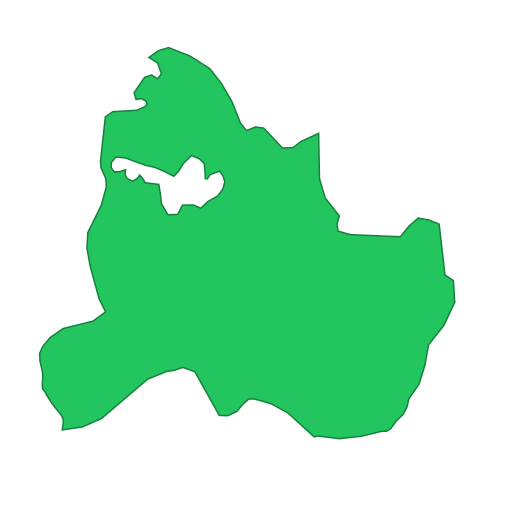 Tolna, Robinson projection, rotated 187°
{"feature_id": "HUN-3165", "entity_name": "Tolna", "entity_type": "County", "adm_level": 1, "iso_a3": "HUN", "parent_name": "Hungary", "parent_adm1": "", "projection": "robinson", "projection_center": [18.659, 46.474], "detail": "fine", "context": "isolated", "style": "filled", "palette": "green", "viewbox_px": 512, "rotation_deg": 187, "n_neighbors": 0, "source": "natural_earth", "source_scale": "10m", "svg_char_len": 1937}
<svg xmlns="http://www.w3.org/2000/svg" viewBox="0 0 512 512"><g transform="rotate(187 256 256)"><path d="M315.2,136.5L322.8,132.7L330.7,130.5L348.6,120.5L389.6,75.8L407.9,65.0L427.2,59.8L426.9,66.7L427.6,70.9L429.9,74.4L437.3,81.4L438.8,83.3L440.5,84.7L447.7,93.6L449.0,95.7L451.6,97.9L452.6,103.2L452.8,109.3L453.5,113.9L457.6,125.4L458.9,133.1L456.6,140.3L450.4,150.0L438.4,160.6L409.9,171.5L398.5,182.2L406.6,194.6L419.4,225.8L424.7,243.0L425.8,258.8L415.8,287.3L413.0,306.1L414.4,314.3L420.6,324.7L421.9,331.2L422.5,375.7L415.7,381.8L391.8,386.2L384.4,390.7L382.8,393.2L384.0,396.3L389.0,398.3L394.1,396.7L396.9,403.2L388.4,419.7L381.7,422.9L375.3,419.9L372.1,425.2L377.2,435.6L386.5,440.0L378.0,447.8L368.2,452.2L345.8,446.4L324.8,436.4L311.3,423.0L298.5,406.0L287.6,386.0L280.7,379.3L272.2,384.0L264.0,383.9L242.9,366.4L232.6,368.0L225.3,375.2L208.8,385.4L202.4,340.5L194.3,321.9L178.2,305.9L179.5,297.4L177.6,290.7L164.8,288.7L115.1,292.7L108.0,304.0L99.7,313.4L88.9,312.8L78.1,309.9L66.1,260.1L57.1,255.7L53.1,234.2L61.2,209.8L73.9,188.9L75.0,168.4L78.5,148.9L86.8,133.0L87.8,124.1L90.6,116.8L96.5,109.6L101.3,100.9L105.1,98.0L110.0,97.3L129.3,90.0L151.1,84.8L172.6,84.9L176.2,83.5L205.2,104.1L222.7,111.1L240.2,113.9L245.7,113.1L250.7,107.7L255.9,99.5L264.6,94.0L273.0,93.3L302.6,133.7L315.2,136.5ZM361.2,315.2L358.2,305.0L356.4,296.7L348.5,286.2L338.8,287.7L335.2,297.5L324.3,299.0L316.6,296.7L310.3,304.3L301.3,311.0L297.0,318.6L296.0,325.7L298.4,331.3L302.4,335.8L311.7,331.0L313.6,326.7L315.8,326.7L316.9,333.7L318.6,341.5L324.0,345.5L332.2,347.9L339.3,339.1L343.2,330.5L347.3,325.1L356.7,328.6L367.1,331.6L376.6,332.6L387.6,335.0L397.3,337.4L407.2,337.2L411.0,331.0L410.4,325.9L407.0,322.2L401.3,323.2L396.1,325.7L395.6,320.4L394.0,317.7L391.2,316.3L387.4,315.2L383.6,318.4L381.6,320.8L381.6,322.1L379.6,320.8L377.3,318.4L375.6,316.2L375.6,315.2L361.2,315.2Z" fill="#22c55e" stroke="#15803d" stroke-width="1.5"/></g></svg>